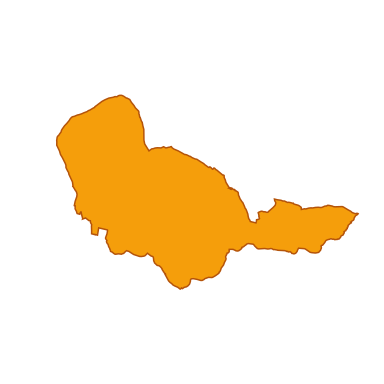 Sura Mare, Sibiu, Romania, rotated 44°
{"feature_id": "2599482B88459780268124", "entity_name": "Sura Mare", "entity_type": "district", "adm_level": 2, "iso_a3": "ROU", "parent_name": "Romania", "parent_adm1": "Sibiu", "projection": "equal_earth", "projection_center": [24.193, 45.89], "detail": "fine", "context": "isolated", "style": "filled", "palette": "amber", "viewbox_px": 384, "rotation_deg": 44, "n_neighbors": 0, "source": "geoboundaries", "source_scale": "gbopen_adm2", "svg_char_len": 5986}
<svg xmlns="http://www.w3.org/2000/svg" viewBox="0 0 384 384"><g transform="rotate(44 192 192)"><path d="M307.7,158.4L312.2,154.7L313.1,154.3L318.9,153.3L320.2,152.5L322.5,150.7L323.3,150.0L324.9,147.7L325.1,146.7L324.9,145.5L325.0,144.8L324.3,143.4L324.3,143.0L323.7,142.1L322.5,141.3L322.2,140.7L322.9,139.5L322.6,136.1L322.1,134.3L322.1,133.6L322.8,131.9L323.8,130.4L324.4,129.1L325.7,128.5L326.8,127.4L327.7,127.2L329.1,125.5L329.4,125.3L329.5,124.7L329.6,124.4L330.4,123.9L330.3,123.3L330.4,122.1L330.2,121.0L329.9,120.5L329.8,119.8L330.5,118.2L330.5,117.5L330.0,116.9L330.1,116.5L329.9,116.2L329.9,115.6L328.9,114.9L329.2,113.7L329.5,112.9L328.9,111.9L329.1,111.6L329.0,111.1L329.1,110.5L328.4,109.7L328.4,108.7L327.5,107.6L327.7,104.3L327.9,103.9L327.3,103.6L327.6,103.4L327.8,103.2L327.1,102.5L327.7,100.0L327.5,99.2L326.7,98.1L326.6,97.3L326.3,96.5L326.2,95.2L326.4,94.3L326.6,93.8L326.7,93.1L326.6,92.2L326.1,92.3L325.4,92.8L324.5,94.2L321.5,95.5L319.5,95.6L317.1,96.3L311.1,97.7L310.1,98.2L305.2,103.3L303.8,104.3L302.8,104.6L299.8,106.5L298.7,107.5L298.5,108.6L297.4,109.8L296.1,112.9L295.1,114.0L293.5,115.2L291.4,117.5L290.0,119.5L288.2,121.2L287.1,122.6L285.6,125.2L284.6,125.9L282.8,128.6L281.2,127.2L280.7,127.2L278.3,127.5L277.3,127.9L274.6,129.4L273.1,130.0L272.6,129.7L272.0,130.3L270.4,131.1L268.7,132.2L267.9,133.2L264.7,134.3L263.6,135.4L261.8,136.1L258.8,138.3L256.2,139.8L257.5,140.8L259.5,141.4L260.3,142.3L261.0,143.6L261.1,144.8L261.1,147.1L260.6,152.7L260.7,153.3L260.6,153.9L259.8,154.8L258.4,155.4L257.2,156.5L255.9,157.1L255.4,157.5L255.0,158.0L254.0,160.4L254.0,161.0L254.9,161.4L256.5,162.5L256.9,162.6L257.1,163.2L259.0,164.2L259.0,164.6L258.8,165.5L257.7,167.1L259.0,168.8L259.5,169.8L254.5,172.7L252.8,172.0L251.1,171.7L250.5,171.2L249.3,170.5L247.5,169.1L244.4,167.6L242.8,166.9L241.3,166.7L240.0,166.0L235.8,164.3L234.7,164.3L231.2,163.5L229.3,162.6L227.7,162.0L226.0,160.6L225.3,160.2L223.1,160.5L222.3,161.0L222.0,160.8L221.9,160.9L221.3,160.7L220.7,160.8L220.7,161.2L219.2,161.5L218.5,161.5L218.5,161.8L218.7,162.0L218.2,162.4L218.4,162.7L218.4,162.9L217.6,163.3L217.2,163.1L217.6,162.6L217.3,161.9L216.9,162.1L216.8,162.9L217.0,163.1L216.3,163.4L216.5,163.1L216.3,163.0L216.2,162.7L215.6,162.9L214.7,162.8L209.5,161.4L207.6,160.2L205.2,159.3L203.6,157.8L202.9,157.9L202.3,158.5L194.6,159.0L193.9,159.3L191.7,159.2L191.1,159.5L191.2,160.8L190.9,161.4L188.6,161.3L187.4,161.5L187.3,162.4L186.8,162.8L181.9,163.5L180.8,163.4L177.0,164.3L172.7,165.1L171.6,165.9L170.4,166.4L167.9,167.3L166.1,167.5L165.7,167.9L162.5,168.9L161.1,169.7L160.8,170.1L153.5,172.0L149.1,173.7L147.1,174.0L145.6,173.7L145.2,174.2L144.6,175.6L143.8,176.4L143.6,177.0L142.7,178.3L142.1,178.7L141.2,178.8L140.0,179.3L139.7,180.4L139.5,180.7L139.4,181.1L139.1,181.8L136.4,184.2L134.9,186.0L134.0,187.8L133.1,188.9L132.6,191.4L132.5,192.3L124.6,190.3L121.4,188.1L113.8,180.4L110.8,178.6L107.8,176.5L106.2,176.1L102.8,174.3L102.4,174.5L100.5,173.1L99.3,172.5L98.3,171.4L97.4,170.9L92.8,170.8L90.2,170.1L86.1,169.6L83.0,168.7L80.0,169.6L79.6,170.0L76.2,170.6L74.3,171.3L73.0,172.5L72.3,173.6L72.1,174.0L72.0,175.1L71.7,175.7L70.3,176.9L69.5,178.6L66.9,182.3L65.3,186.2L64.3,189.4L62.9,198.2L63.2,198.9L62.7,200.0L61.6,204.1L60.9,205.5L60.7,207.0L59.2,210.1L58.4,212.2L57.0,214.9L56.1,216.2L54.7,219.5L54.1,220.3L53.6,221.3L53.5,222.3L53.5,223.7L54.0,225.9L54.3,229.7L54.3,232.8L54.9,236.8L55.3,238.4L56.1,239.7L56.5,242.7L56.8,244.0L56.6,245.0L56.9,246.2L59.0,249.1L59.8,249.7L62.2,252.3L68.1,254.5L71.4,256.4L74.8,257.3L81.0,259.5L82.7,260.3L84.4,262.0L87.7,263.2L89.6,263.7L91.2,264.8L99.0,267.8L101.9,270.1L102.3,270.8L103.1,270.8L107.0,271.9L107.9,272.0L108.9,272.3L110.8,273.4L112.3,275.3L114.4,279.8L116.8,283.6L117.0,283.6L117.6,283.1L119.6,285.3L122.1,286.1L124.3,287.3L126.7,286.0L126.2,285.3L125.9,284.2L125.9,283.5L126.2,283.4L127.6,284.5L131.9,287.1L132.1,287.5L133.5,284.6L137.7,284.2L138.8,283.3L140.3,284.5L142.5,285.2L143.4,286.4L146.9,289.8L148.8,291.8L152.1,290.0L151.9,289.8L154.0,288.7L149.8,282.6L157.4,278.1L157.7,278.1L158.1,278.5L159.9,281.1L161.6,284.9L162.3,285.6L164.5,286.0L164.8,286.9L165.2,287.3L167.0,288.0L167.9,287.9L169.6,289.0L170.9,289.5L171.9,289.7L172.4,290.1L173.5,290.5L174.7,291.3L176.6,290.6L178.0,290.6L179.6,290.3L180.3,289.8L182.0,287.6L184.6,285.6L184.8,284.7L185.5,283.7L185.5,281.6L185.7,279.6L187.0,279.1L187.8,278.6L193.4,277.5L199.0,274.8L200.3,273.7L202.0,271.5L202.5,270.2L202.5,267.0L206.9,266.5L208.6,265.7L209.0,265.7L209.9,266.1L211.5,267.4L212.3,268.2L213.1,268.3L214.2,269.0L217.9,269.0L219.8,267.8L222.2,267.8L223.9,268.1L224.3,268.5L226.3,268.9L226.8,269.2L227.2,269.1L229.1,269.6L229.5,269.3L229.7,269.6L230.1,269.7L230.0,270.0L236.9,272.2L239.0,272.3L241.1,272.0L242.9,272.1L244.8,271.6L248.0,270.4L250.9,270.1L251.1,269.8L251.1,268.3L252.0,268.3L252.3,268.1L252.4,267.5L252.4,267.0L252.6,266.5L252.5,266.2L253.9,264.0L254.3,262.1L254.2,259.9L253.0,257.5L251.9,256.2L251.8,255.0L253.2,253.4L256.4,251.3L259.8,249.5L260.7,248.6L261.4,246.7L261.4,245.6L261.6,245.1L263.2,241.9L265.5,239.9L266.1,239.1L267.0,236.0L267.6,232.8L267.7,231.4L267.2,230.9L267.4,230.3L267.1,228.9L265.9,226.5L265.4,222.6L264.3,220.2L263.4,217.2L262.7,216.2L261.7,215.7L260.9,214.9L260.6,213.5L260.1,212.8L260.2,212.3L259.7,211.5L260.3,210.7L260.4,209.8L259.8,208.5L259.2,208.2L258.6,207.4L261.2,204.9L262.0,204.4L262.7,204.4L263.3,204.0L264.5,203.8L265.9,202.7L266.5,201.7L266.4,201.4L266.7,200.7L266.9,199.3L266.9,197.9L266.6,197.5L266.3,197.3L267.1,195.6L267.3,193.5L267.5,193.0L267.6,191.2L268.4,189.9L272.2,187.1L272.9,187.0L274.8,187.3L278.3,187.3L279.5,186.6L283.5,182.2L286.2,180.3L287.3,178.9L287.7,178.2L288.4,177.6L289.3,177.1L290.6,176.9L291.3,176.1L293.4,174.7L294.2,174.3L299.4,169.8L300.7,169.1L301.8,168.8L302.0,168.3L303.2,168.0L304.1,166.7L305.5,166.6L306.5,166.8L307.3,166.2L308.2,165.8L308.7,165.1L309.1,164.0L309.1,163.1L308.9,161.8L308.1,160.0L307.7,158.4Z" fill="#f59e0b" stroke="#b45309" stroke-width="1.5"/></g></svg>